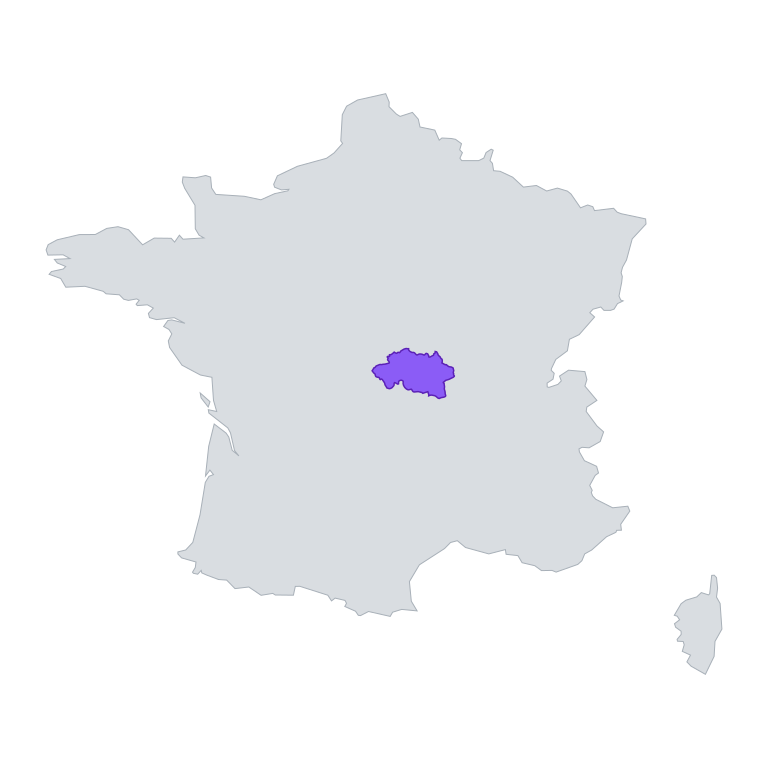 location of Allier within France
{"feature_id": "FRA-5264", "entity_name": "Allier", "entity_type": "Metropolitan department", "adm_level": 1, "iso_a3": "FRA", "parent_name": "France", "parent_adm1": "", "projection": "natural_earth1", "projection_center": [3.256, 46.375], "detail": "fine", "context": "in_parent", "style": "filled", "palette": "violet", "viewbox_px": 768, "rotation_deg": 0, "n_neighbors": 0, "source": "natural_earth", "source_scale": "10m", "svg_char_len": 7414}
<svg xmlns="http://www.w3.org/2000/svg" viewBox="0 0 768 768"><path d="M623.1,300.9L617.5,303.6L614.1,309.1L610.5,310.4L604.0,310.4L600.8,307.0L593.0,309.2L589.8,312.7L594.6,317.0L579.2,334.6L569.4,339.3L567.4,350.8L555.8,359.4L551.5,368.5L551.2,370.3L554.2,373.3L553.0,379.2L547.1,383.1L547.2,386.9L548.9,387.4L557.9,384.4L561.3,380.9L559.5,376.1L568.5,370.2L584.9,371.6L586.9,379.5L584.9,386.1L596.9,400.4L586.8,407.1L586.2,411.5L596.9,425.9L603.6,431.9L600.2,441.5L589.1,447.8L582.0,447.3L579.0,448.9L579.4,451.9L584.4,460.7L596.6,466.3L598.5,473.0L595.2,475.4L589.7,485.4L592.2,490.3L591.3,492.5L592.6,495.9L595.8,499.3L612.7,507.8L627.8,506.2L629.8,511.1L620.7,524.3L621.4,530.2L616.7,530.3L615.9,532.3L606.6,536.7L591.7,550.0L584.7,553.9L581.9,560.7L577.8,564.4L556.1,572.1L552.0,570.4L541.5,570.6L534.8,565.7L522.1,562.7L517.9,555.6L506.1,554.3L505.4,549.6L488.8,553.9L465.5,547.5L457.3,540.7L450.5,542.5L444.5,548.6L419.4,564.8L409.4,581.6L411.3,601.2L417.1,610.9L401.7,609.4L392.6,612.2L390.2,616.4L368.5,611.5L360.5,615.6L358.3,615.3L355.5,611.2L344.8,606.5L346.5,603.3L345.0,600.4L335.1,598.1L331.5,600.9L327.8,595.2L299.8,586.3L295.3,586.4L293.4,595.2L275.3,595.0L272.8,593.4L261.1,595.3L248.8,587.0L235.0,588.6L226.7,580.1L218.5,579.5L207.0,575.2L201.8,572.9L201.2,570.4L197.7,574.2L193.4,573.3L192.5,572.2L195.3,567.5L196.0,562.0L181.6,557.9L177.9,554.0L177.9,551.9L185.7,550.0L192.8,542.4L200.0,514.9L205.3,482.4L209.0,476.3L213.5,474.6L209.9,470.1L205.5,476.0L208.7,446.3L214.2,424.0L226.1,433.1L228.8,437.1L232.2,450.3L238.9,455.9L234.5,450.5L230.5,432.9L227.8,427.9L208.9,413.1L208.3,409.7L216.7,411.5L213.5,400.4L211.9,377.3L200.4,375.0L182.0,365.2L169.6,347.5L168.3,340.9L171.8,333.9L169.0,329.5L163.6,326.5L167.9,320.5L171.7,319.9L185.0,323.3L174.2,317.7L156.5,319.6L149.5,317.6L148.4,313.4L153.3,308.1L147.4,304.8L137.3,305.6L136.1,304.2L139.2,300.3L136.7,298.9L128.4,300.4L123.7,299.2L119.4,294.8L106.1,293.8L103.2,291.3L85.0,286.3L65.8,287.2L60.7,278.5L49.1,274.3L51.5,271.5L63.3,269.0L65.7,266.5L57.3,263.0L54.4,259.4L70.0,258.6L63.1,254.8L47.9,255.1L46.1,249.9L48.2,244.6L57.2,239.8L79.3,234.6L95.3,234.5L106.8,228.4L118.0,226.7L128.5,229.7L142.6,244.8L154.2,238.1L171.2,238.3L174.6,242.1L179.4,235.2L183.0,239.2L203.9,237.9L199.1,235.2L195.3,228.8L195.0,205.3L184.7,188.3L182.3,182.1L183.0,176.9L195.4,177.8L205.7,175.5L210.6,177.1L211.6,188.0L215.8,194.4L244.4,196.3L260.9,199.8L274.8,193.6L287.9,190.8L288.9,189.3L281.4,189.9L274.6,187.2L273.7,184.3L277.4,175.8L297.4,166.3L326.5,158.3L334.0,153.0L342.6,143.4L340.8,140.9L342.3,114.7L346.6,106.2L357.6,100.0L385.7,93.7L389.2,102.1L389.0,106.7L396.4,114.1L400.1,116.4L412.4,112.4L418.3,119.2L420.0,127.0L434.8,130.1L439.2,140.2L441.9,138.0L451.2,138.5L455.5,139.3L461.5,143.7L459.7,149.8L462.4,152.7L459.9,158.2L461.7,160.6L478.7,160.6L483.8,158.1L486.1,152.5L491.2,149.2L493.2,150.2L490.0,160.6L492.4,163.3L493.6,170.7L500.1,171.3L512.7,177.2L523.4,187.1L536.4,185.5L546.7,191.0L557.4,188.1L567.4,191.1L571.0,194.0L580.5,207.8L587.7,205.0L592.8,206.7L594.5,210.6L613.6,208.3L617.2,212.2L621.2,213.7L645.6,218.9L646.0,224.0L632.2,238.9L626.5,260.0L622.5,267.3L621.1,272.8L622.3,276.5L621.7,282.2L619.0,296.0L620.7,300.0L623.1,300.9ZM717.6,588.2L716.5,597.1L720.1,603.5L721.9,629.1L715.0,641.4L714.1,656.4L705.4,674.3L691.2,666.3L686.9,661.9L690.5,655.1L682.3,651.4L684.2,644.8L683.2,641.5L677.5,641.2L677.1,639.4L681.2,634.4L681.1,631.2L675.6,627.2L674.5,623.7L679.6,619.8L677.2,616.2L674.3,615.3L681.1,603.7L685.9,600.2L696.8,596.9L701.3,592.6L708.5,594.9L709.7,593.8L711.7,575.4L714.2,575.2L716.5,577.6L717.6,588.2ZM210.0,401.7L208.2,407.0L201.1,397.9L200.2,393.0L210.0,401.7Z" fill="#d9dde1" stroke="#a8b0b8" stroke-width="1"/><path d="M408.0,389.8L406.4,389.0L404.8,387.5L403.6,385.5L403.1,383.6L403.2,381.6L402.9,380.9L402.0,380.4L401.1,380.2L400.2,380.4L399.3,380.8L398.7,381.5L398.5,382.2L398.6,383.1L398.5,383.9L397.7,384.1L395.1,382.7L394.6,382.6L394.2,383.1L394.1,383.8L394.1,384.5L394.0,385.2L393.7,385.8L392.0,387.7L390.7,388.4L389.3,388.7L387.9,388.3L386.7,387.8L386.4,386.9L385.4,385.5L385.1,384.9L384.9,384.3L384.6,383.0L384.3,382.5L382.4,379.7L381.9,379.2L381.2,379.0L380.9,379.2L380.4,379.6L380.1,379.5L379.8,379.1L379.6,378.7L379.4,378.0L379.2,377.7L378.8,377.4L377.4,377.2L376.5,376.9L376.1,376.7L375.7,376.3L375.3,375.2L375.2,374.6L375.0,374.0L373.7,372.9L372.1,370.8L373.3,369.0L373.7,368.2L373.9,367.9L374.2,367.7L374.6,367.7L375.0,367.4L375.4,367.0L376.1,366.0L379.0,364.8L379.9,364.5L380.6,364.5L381.1,364.6L381.5,364.6L382.9,364.3L385.1,364.1L389.0,363.1L389.2,362.9L389.3,362.7L389.2,362.4L389.2,362.1L389.1,361.9L389.0,361.5L388.7,361.2L388.0,360.4L387.7,360.0L387.6,359.6L387.7,359.2L388.0,358.6L388.1,358.4L388.0,358.0L387.4,357.4L387.3,357.1L387.3,356.7L387.5,356.5L387.8,356.4L388.9,356.5L389.3,356.4L389.6,356.1L389.4,355.3L389.4,354.9L389.7,354.7L390.9,354.7L391.7,354.2L393.1,353.1L393.9,352.3L394.2,352.1L394.5,352.2L394.7,352.4L394.9,352.7L396.5,353.3L396.9,353.2L397.6,352.5L398.1,352.3L398.6,352.4L399.1,352.5L399.6,352.6L400.1,352.1L400.4,351.7L400.7,351.1L401.0,350.9L404.0,349.1L406.1,348.5L407.3,348.7L408.6,348.7L408.6,349.2L408.6,349.5L408.7,349.8L408.7,350.0L409.0,350.4L409.6,351.1L410.5,351.8L411.4,352.1L411.8,352.4L412.0,352.5L412.3,352.5L412.7,352.4L413.3,352.4L414.1,352.6L414.7,353.0L415.9,354.3L416.3,354.7L416.8,354.9L417.3,354.9L419.2,354.0L419.9,354.0L420.6,354.0L421.9,354.2L422.6,354.4L423.6,354.9L424.0,355.0L424.5,354.9L425.0,354.5L425.5,353.8L425.9,353.5L426.4,353.4L427.6,353.8L427.8,354.1L428.2,354.9L428.4,355.2L428.7,355.6L428.7,356.0L428.7,356.4L428.7,356.7L428.9,357.0L429.3,357.1L429.9,357.0L430.5,356.8L432.4,355.7L433.1,355.5L433.5,355.2L433.7,354.6L433.7,354.1L433.9,353.7L434.4,353.5L434.9,353.2L435.1,352.6L435.1,352.2L435.2,351.8L435.2,351.5L436.6,351.8L437.7,353.6L437.9,354.0L438.0,354.7L438.1,354.9L438.7,355.5L438.8,355.7L439.4,356.3L439.6,356.4L439.8,356.5L440.0,356.7L440.2,357.0L440.5,357.7L441.2,358.7L441.8,359.0L442.0,359.2L442.1,359.5L442.3,360.5L442.2,362.0L442.2,362.3L442.0,362.7L441.9,362.9L442.0,363.1L442.4,363.3L443.2,363.6L443.3,363.6L443.7,364.0L443.9,364.1L444.4,364.2L444.6,364.3L444.8,364.4L444.9,364.6L445.1,364.7L445.3,364.7L446.0,364.7L446.5,364.7L446.7,364.9L447.2,365.5L447.9,365.9L448.0,366.0L448.3,366.4L448.5,366.5L449.8,366.8L451.3,367.0L451.7,367.2L452.3,367.5L452.9,367.8L453.0,367.9L453.1,368.0L453.2,368.3L453.3,368.7L453.3,369.1L453.4,369.4L453.5,369.7L453.6,369.9L453.7,370.1L453.7,370.4L453.7,370.7L453.3,372.3L453.3,372.7L453.3,373.0L453.5,373.4L453.6,373.6L453.7,373.8L453.6,374.0L453.6,374.4L453.6,374.6L453.6,374.9L453.7,375.1L453.9,375.3L454.0,375.5L454.3,375.8L454.3,376.1L454.3,376.3L454.2,376.4L453.7,376.9L453.2,377.3L448.9,379.4L445.8,380.3L445.4,380.5L445.1,380.8L444.9,381.1L444.7,381.3L444.4,381.6L443.6,382.0L443.3,382.3L443.3,382.7L443.5,383.0L443.9,383.3L444.1,383.5L444.2,383.8L444.2,384.6L444.3,385.2L444.4,385.7L444.5,386.3L444.5,387.0L444.4,388.1L444.3,388.8L444.4,389.4L444.9,391.1L445.1,392.1L445.2,393.8L445.3,394.2L445.4,394.6L445.6,395.0L445.7,395.5L445.7,395.9L445.3,396.5L444.7,396.8L444.0,397.1L441.0,397.7L439.2,398.5L438.0,398.1L435.9,396.3L434.7,395.7L431.7,395.1L430.2,395.2L428.7,395.8L428.8,394.8L427.8,391.7L422.8,393.3L421.9,392.5L418.2,391.6L414.1,392.0L413.2,391.7L412.6,391.1L411.5,389.3L410.7,389.3L408.8,389.8L408.0,389.8Z" fill="#8b5cf6" stroke="#5b21b6" stroke-width="1.5"/></svg>